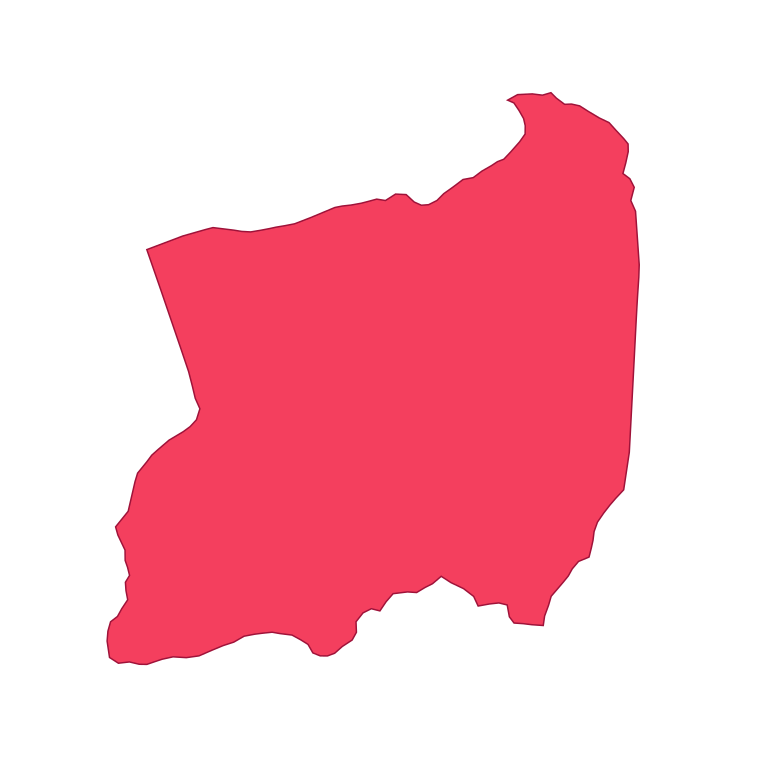 Magé, Rio de Janeiro, Brazil (Albers equal-area conic projection), rotated 7°
{"feature_id": "56859067B89003269813909", "entity_name": "Magé", "entity_type": "district", "adm_level": 2, "iso_a3": "BRA", "parent_name": "Brazil", "parent_adm1": "Rio de Janeiro", "projection": "albers", "projection_center": [-43.116, -22.606], "detail": "fine", "context": "isolated", "style": "filled", "palette": "rose", "viewbox_px": 768, "rotation_deg": 7, "n_neighbors": 0, "source": "geoboundaries", "source_scale": "gbopen_adm2", "svg_char_len": 2219}
<svg xmlns="http://www.w3.org/2000/svg" viewBox="0 0 768 768"><g transform="rotate(7 384 384)"><path d="M154.4,693.5L165.2,690.9L175.2,692.0L182.8,691.2L190.2,687.6L197.1,684.3L207.9,680.5L221.1,679.7L233.5,676.4L245.7,669.2L256.3,663.2L266.4,658.5L275.8,651.4L286.1,648.1L294.0,646.1L303.2,644.0L311.2,644.4L323.3,644.4L332.6,648.1L340.3,651.7L346.2,659.6L353.8,661.6L361.0,660.8L367.9,657.2L374.6,649.6L383.6,642.0L386.9,633.8L385.2,623.4L391.1,613.7L398.8,608.6L407.6,609.7L412.7,599.7L418.6,591.0L432.7,587.5L441.8,587.0L449.6,580.9L456.5,576.3L464.2,567.9L474.7,573.0L487.9,577.4L498.9,583.9L504.5,592.9L515.4,589.5L524.7,587.3L533.2,588.3L536.8,599.8L542.2,605.4L551.5,604.9L560.0,604.9L571.5,604.3L571.7,594.7L574.3,583.5L575.8,574.3L581.2,566.2L586.1,558.8L590.3,552.1L593.4,544.5L598.7,536.4L608.6,530.8L609.8,521.2L610.5,513.7L610.5,504.9L612.7,495.1L617.8,485.3L623.0,476.6L627.8,469.4L634.8,459.8L635.8,421.9L631.1,354.6L629.0,324.7L627.9,309.2L626.4,287.9L625.7,277.6L624.9,264.9L623.9,246.9L622.8,234.6L612.6,181.9L606.6,171.8L608.4,158.3L603.0,150.3L595.5,146.0L597.0,135.3L598.1,123.6L597.0,116.0L592.0,111.2L583.4,104.0L575.6,97.2L565.0,93.6L553.5,88.5L544.3,84.1L536.0,83.3L529.2,84.4L520.3,79.3L514.2,74.5L506.1,78.0L495.8,78.0L481.3,80.5L472.1,87.2L478.7,89.2L484.7,96.1L490.2,103.5L492.7,110.4L493.6,118.7L489.1,127.1L481.7,137.9L475.5,146.3L469.5,149.5L464.0,154.2L455.3,160.7L447.4,168.3L437.5,171.4L428.3,180.3L420.2,187.7L414.2,195.4L406.4,200.6L399.3,202.0L391.8,199.7L382.9,193.3L372.3,194.1L363.1,201.7L354.2,201.4L346.6,204.5L339.5,207.3L329.5,210.4L320.7,212.5L313.7,214.8L290.5,228.0L275.7,235.9L266.5,238.9L257.7,241.5L251.4,243.7L243.0,246.4L233.1,249.3L224.2,249.9L216.1,249.6L195.2,249.6L188.1,252.4L166.3,261.6L132.2,279.5L151.3,318.4L178.3,374.1L184.0,386.0L188.6,395.6L194.1,409.6L198.4,421.2L204.3,431.0L202.2,442.4L196.7,450.0L190.4,455.9L177.6,465.8L168.0,476.3L162.2,482.9L158.1,490.1L150.3,502.5L148.8,511.2L145.6,541.5L135.0,558.5L138.3,566.4L147.2,580.4L148.6,590.7L151.8,597.2L154.8,605.0L151.5,612.3L153.1,620.6L155.9,629.4L151.1,639.0L147.8,647.2L141.6,653.3L140.1,662.9L140.5,672.9L144.9,688.9L154.4,693.5Z" fill="#f43f5e" stroke="#9f1239" stroke-width="1.5"/></g></svg>